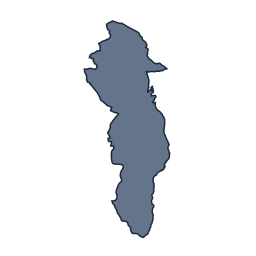 the district of Micasasa, Sibiu, Romania, rotated 124°
{"feature_id": "2599482B61682236556337", "entity_name": "Micasasa", "entity_type": "district", "adm_level": 2, "iso_a3": "ROU", "parent_name": "Romania", "parent_adm1": "Sibiu", "projection": "orthographic", "projection_center": [24.101, 46.097], "detail": "fine", "context": "isolated", "style": "filled", "palette": "slate", "viewbox_px": 256, "rotation_deg": 124, "n_neighbors": 0, "source": "geoboundaries", "source_scale": "gbopen_adm2", "svg_char_len": 5719}
<svg xmlns="http://www.w3.org/2000/svg" viewBox="0 0 256 256"><g transform="rotate(124 128 128)"><path d="M48.0,200.9L49.3,201.3L50.0,201.6L50.3,201.8L50.5,202.2L50.8,202.4L53.2,203.5L54.1,203.6L55.0,203.3L55.5,202.5L56.9,201.1L57.7,199.9L58.2,197.1L59.3,197.0L59.7,196.7L60.2,196.0L60.6,194.7L61.0,194.2L61.9,193.7L63.3,193.6L65.5,193.9L66.2,194.4L66.0,194.8L68.5,196.1L70.5,197.7L71.7,198.3L72.4,198.3L74.3,199.6L74.8,198.4L75.4,197.9L75.9,196.6L76.7,196.3L77.0,195.9L78.1,195.3L79.3,194.3L79.3,194.5L80.9,195.9L81.1,196.2L81.1,196.4L82.7,197.3L83.1,197.2L84.0,197.7L84.7,197.9L85.2,198.2L85.8,199.0L87.4,199.9L89.9,200.0L90.1,199.9L90.3,199.5L91.2,199.3L90.7,198.8L90.5,198.3L90.5,198.0L90.9,197.1L90.9,196.9L90.7,196.6L90.0,196.2L90.0,195.8L90.3,195.4L90.2,195.1L90.4,194.8L92.3,194.0L92.2,193.5L92.3,193.2L92.2,192.7L93.4,191.8L92.9,190.2L93.5,189.5L93.6,189.1L93.5,188.8L94.8,187.9L95.2,187.7L96.3,187.8L97.5,187.7L98.0,188.7L98.6,189.9L98.8,191.0L99.5,192.2L99.6,192.7L100.0,193.0L100.8,194.0L101.7,194.5L103.6,197.1L105.4,195.6L106.4,194.2L107.0,193.1L107.7,191.8L108.5,191.0L111.0,189.5L112.5,187.5L112.5,186.9L112.2,185.9L112.1,184.5L112.5,184.2L113.0,183.9L113.0,183.0L113.3,181.6L114.5,177.7L115.0,176.4L115.2,175.2L115.9,173.2L116.7,171.5L117.5,170.3L117.9,169.2L120.1,166.3L120.2,164.3L120.1,163.5L120.6,160.0L120.9,158.0L120.8,157.1L119.9,153.0L120.5,153.1L121.1,153.0L121.4,152.5L122.3,152.5L123.2,152.2L123.3,152.1L123.3,151.8L122.6,147.7L122.2,146.6L122.0,146.3L121.8,146.3L121.6,144.6L121.7,143.7L122.2,143.7L127.1,144.4L134.4,144.7L135.8,144.1L136.2,143.7L136.7,143.4L138.7,142.6L140.6,142.4L141.0,142.2L143.1,142.3L143.5,141.9L144.3,140.2L145.8,137.9L146.7,137.2L147.7,138.8L148.9,137.8L150.0,136.5L148.5,134.1L149.4,133.5L150.5,133.1L152.6,132.2L151.1,130.1L153.0,128.2L155.5,128.6L156.5,128.4L157.8,127.9L162.1,125.0L165.1,122.3L165.7,121.2L165.8,120.2L165.5,119.3L164.5,117.3L163.6,116.3L162.4,114.0L161.8,112.3L161.8,111.7L161.9,111.1L162.2,110.7L163.3,110.0L164.8,109.6L166.4,109.6L168.5,109.3L169.8,108.9L171.0,108.3L172.1,107.5L172.8,106.8L173.8,105.1L175.2,103.9L175.7,103.7L176.5,103.6L178.7,104.3L179.8,104.3L184.1,103.4L186.5,102.7L187.8,102.1L190.9,98.6L192.1,98.1L193.3,97.9L194.6,97.9L195.8,98.5L196.6,99.3L197.5,100.6L199.1,98.4L199.4,97.0L199.8,96.0L200.5,94.9L201.1,94.3L202.0,92.3L203.5,90.1L203.9,89.6L204.5,89.3L205.0,87.3L206.2,84.9L206.7,83.5L207.5,82.7L208.3,81.6L208.3,81.3L208.2,80.7L207.9,80.0L206.6,78.0L206.7,76.6L206.6,76.2L206.6,75.5L208.7,73.1L209.0,70.3L209.8,69.6L210.9,69.1L211.9,67.5L212.1,67.0L212.5,66.6L212.9,65.6L212.7,65.0L212.1,63.9L211.3,63.1L210.6,61.4L210.3,60.4L210.3,59.9L210.9,58.3L210.9,57.8L210.8,56.6L210.2,54.1L207.3,53.4L205.2,52.5L204.6,52.4L203.1,52.7L202.4,53.0L200.5,53.0L199.5,53.6L197.8,53.7L195.9,54.7L194.2,54.8L192.7,55.2L191.7,55.7L191.1,55.7L190.5,55.8L189.9,56.3L188.7,56.8L187.6,57.8L186.8,58.2L186.2,58.3L184.6,60.5L182.7,61.9L180.8,62.6L179.1,62.6L178.0,63.1L177.6,63.9L177.6,65.2L177.2,66.3L176.3,66.7L175.0,68.2L173.4,68.1L172.4,68.4L171.4,69.2L171.0,70.1L170.8,70.4L169.8,70.9L169.3,71.0L168.6,70.7L167.8,70.7L166.2,71.1L165.2,72.0L164.4,72.3L163.4,73.0L162.1,73.4L161.3,74.4L159.7,75.2L159.2,76.3L158.8,76.6L158.6,77.1L158.3,77.4L154.9,79.2L153.9,79.2L152.3,78.8L151.8,78.8L151.2,78.2L148.9,78.5L148.3,78.5L146.4,77.5L144.9,77.1L144.9,76.4L143.5,76.1L143.4,75.9L143.2,75.6L142.7,75.4L142.0,75.6L141.7,75.9L140.8,75.9L140.8,75.6L140.7,75.6L139.2,75.7L138.7,76.2L138.8,76.6L138.7,76.8L137.7,77.7L137.0,77.7L134.9,77.3L134.7,77.4L134.6,77.8L133.4,77.4L129.9,77.1L125.7,79.3L125.3,79.7L125.2,80.5L123.5,82.0L123.4,82.3L123.2,83.0L122.6,83.5L121.7,84.1L121.1,84.3L120.2,84.5L118.7,84.6L118.1,85.6L117.8,86.4L117.4,87.0L116.7,87.6L116.1,89.1L115.5,89.9L115.0,90.9L114.1,92.1L113.6,92.5L113.1,93.6L111.7,95.7L108.6,97.6L104.4,99.7L101.0,102.0L100.0,102.9L99.3,103.9L98.8,105.3L98.2,106.4L97.3,107.8L97.2,108.7L96.6,111.0L96.7,113.4L96.3,114.2L96.2,114.9L96.0,115.4L95.1,116.9L93.7,118.4L92.6,119.0L91.6,119.5L92.3,120.4L92.8,120.8L93.1,121.5L93.0,121.9L92.8,122.0L92.2,122.0L91.7,122.2L90.8,121.8L90.0,121.9L88.7,122.4L86.9,122.2L86.6,122.3L85.8,123.3L85.8,123.6L86.1,124.1L87.4,125.7L88.3,126.2L88.3,126.4L88.2,126.7L87.3,127.6L86.3,127.8L85.7,127.7L85.1,127.2L84.1,127.0L83.5,127.4L83.3,127.7L82.6,128.3L82.7,128.7L82.6,128.8L82.4,128.6L81.9,129.0L82.1,129.3L81.9,129.6L81.7,129.7L81.4,129.6L81.2,130.1L80.9,130.3L80.8,130.6L80.3,130.7L79.9,130.9L79.8,131.1L80.0,131.3L80.8,131.0L81.3,131.4L81.9,131.3L82.4,130.9L82.6,130.4L82.9,130.4L82.9,130.1L83.1,129.7L83.5,129.2L83.9,129.1L84.3,129.9L84.3,130.7L84.7,131.4L86.1,131.8L86.5,131.4L87.2,131.6L87.2,131.8L84.9,133.2L84.2,133.3L83.1,133.3L82.6,133.5L82.1,134.2L81.5,134.8L80.5,135.1L80.1,135.3L79.8,135.7L76.9,137.1L73.5,141.2L71.6,143.7L71.2,144.4L71.0,144.2L71.1,143.7L71.0,143.4L70.6,142.9L70.1,142.7L69.9,142.1L68.3,140.5L67.2,138.8L66.7,137.7L65.2,136.3L64.7,136.1L64.5,135.4L63.3,133.4L62.3,133.0L61.4,132.2L61.2,132.0L61.4,131.6L61.2,131.4L59.3,130.8L57.4,128.9L57.2,128.8L56.9,131.3L56.9,135.4L56.8,136.4L56.5,137.4L56.5,137.9L57.3,138.8L57.9,139.0L58.0,139.6L58.2,139.9L58.5,140.0L59.0,140.7L59.4,142.0L59.5,143.8L58.8,146.4L58.9,148.6L58.6,149.8L58.2,150.8L57.7,151.6L57.4,152.4L56.9,153.1L56.5,153.1L55.5,153.2L54.2,154.4L52.2,154.9L51.6,155.4L51.3,155.9L51.2,156.6L51.3,158.1L51.2,158.6L50.9,158.6L50.1,158.3L49.1,158.5L48.8,158.7L48.1,159.6L47.0,161.6L46.9,163.5L46.7,165.3L46.1,166.1L45.3,166.8L44.8,167.5L44.8,168.0L45.0,168.8L44.8,169.6L43.6,171.3L43.1,172.4L43.1,173.3L43.2,173.5L43.1,174.7L43.7,178.8L44.1,183.7L44.3,184.9L44.4,188.8L44.6,190.0L44.6,191.6L44.7,192.0L45.6,192.8L46.0,193.6L48.0,200.9Z" fill="#64748b" stroke="#1e293b" stroke-width="1.5"/></g></svg>